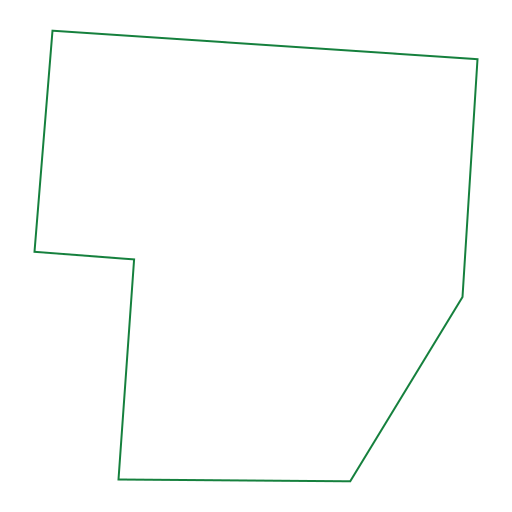 Fayette, Ohio, United States of America
{"feature_id": "52423323B90080084315603", "entity_name": "Fayette", "entity_type": "district", "adm_level": 2, "iso_a3": "USA", "parent_name": "United States of America", "parent_adm1": "Ohio", "projection": "natural_earth1", "projection_center": [-83.482, 39.547], "detail": "fine", "context": "isolated", "style": "outline", "palette": "green", "viewbox_px": 512, "rotation_deg": 0, "n_neighbors": 0, "source": "geoboundaries", "source_scale": "gbopen_adm2", "svg_char_len": 231}
<svg xmlns="http://www.w3.org/2000/svg" viewBox="0 0 512 512"><path d="M350.2,481.3L462.5,297.0L477.5,59.2L52.5,30.7L34.5,251.8L124.3,258.7L134.1,259.4L118.5,479.5L350.2,481.3Z" fill="none" stroke="#15803d" stroke-width="2"/></svg>